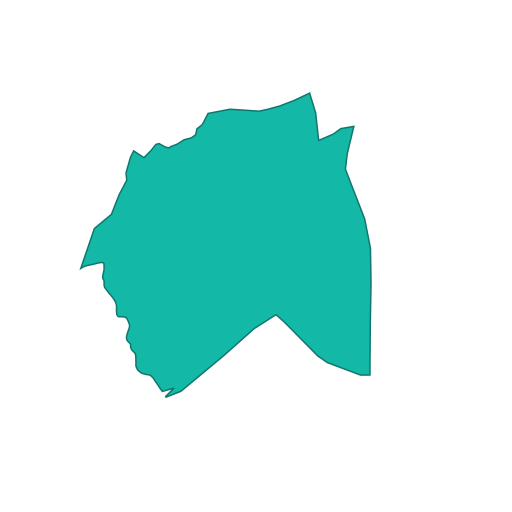 An Nabk, Rif Dimashq, Syria (Albers equal-area conic projection), rotated 301°
{"feature_id": "27442178B81131748986773", "entity_name": "An Nabk", "entity_type": "district", "adm_level": 2, "iso_a3": "SYR", "parent_name": "Syria", "parent_adm1": "Rif Dimashq", "projection": "albers", "projection_center": [36.664, 34.043], "detail": "fine", "context": "isolated", "style": "filled", "palette": "teal", "viewbox_px": 512, "rotation_deg": 301, "n_neighbors": 0, "source": "geoboundaries", "source_scale": "gbopen_adm2", "svg_char_len": 2961}
<svg xmlns="http://www.w3.org/2000/svg" viewBox="0 0 512 512"><g transform="rotate(301 256 256)"><path d="M417.5,273.1L408.9,263.1L400.2,259.4L396.3,256.6L387.3,250.2L409.4,233.4L415.3,226.9L420.3,221.3L421.3,220.2L422.7,218.6L423.0,218.4L423.3,218.1L423.0,217.9L422.9,217.9L420.6,216.3L419.3,215.5L417.6,214.3L412.9,211.2L408.3,208.1L404.5,205.1L400.7,202.1L396.8,199.1L392.1,194.6L387.4,190.1L384.6,187.1L381.8,184.1L379.3,179.3L368.4,158.1L353.5,141.5L342.4,142.2L340.5,142.1L340.2,142.0L334.6,139.9L328.8,141.8L327.2,141.1L324.1,139.8L321.4,137.2L318.7,134.6L314.8,132.6L310.9,130.6L306.6,127.1L303.7,125.5L302.7,121.9L302.4,114.9L300.0,112.7L299.9,112.7L292.4,111.7L284.3,109.7L282.6,109.3L283.1,97.0L281.8,97.1L275.8,97.6L260.3,101.8L254.3,106.2L238.2,107.1L217.3,110.6L196.3,103.3L155.1,112.2L155.3,112.3L157.1,113.3L158.6,114.2L160.1,115.4L163.3,118.8L165.0,120.6L165.9,121.6L168.0,123.6L169.2,124.9L170.2,126.1L170.7,126.7L170.7,126.8L171.1,127.5L171.5,128.3L171.4,128.6L171.4,129.3L170.8,129.7L170.3,130.2L169.7,130.7L169.4,130.8L169.0,131.0L166.0,132.8L164.0,133.5L161.4,134.4L158.9,135.4L158.4,135.9L157.9,136.3L157.4,137.1L157.1,137.8L156.6,138.3L156.0,138.9L155.9,138.9L155.6,139.1L154.8,139.6L153.2,140.5L152.4,141.2L151.8,141.7L151.1,142.5L150.8,143.2L150.0,145.3L148.3,149.4L148.0,150.3L147.9,151.1L147.0,153.2L146.9,153.7L146.7,154.1L146.7,154.3L146.2,155.4L146.0,155.8L145.9,155.9L145.8,156.1L145.3,157.3L144.4,158.8L143.1,160.6L142.6,161.1L142.3,161.4L141.5,162.0L140.6,162.6L139.7,163.3L139.4,163.4L139.0,163.5L137.2,164.6L136.0,165.4L135.2,166.0L134.7,166.4L134.4,166.6L134.2,166.8L133.9,167.2L133.7,167.6L133.3,168.4L133.3,168.6L133.2,169.2L133.5,170.0L133.8,170.5L134.5,171.9L134.9,172.5L135.8,174.2L135.9,174.5L136.0,174.7L136.0,174.8L136.3,175.6L136.2,176.3L136.0,177.0L135.7,177.8L135.2,178.6L134.5,179.8L134.0,180.4L133.8,180.6L133.7,180.8L132.9,181.8L132.5,182.3L132.0,182.8L131.3,183.4L131.1,183.5L130.6,183.9L129.5,184.2L129.2,184.3L128.2,184.6L127.8,184.7L127.4,184.8L125.4,185.1L124.4,185.4L123.3,185.6L121.0,186.2L119.9,186.7L119.0,187.2L117.8,188.3L117.5,189.0L117.1,189.4L116.8,190.4L116.6,191.1L116.2,192.7L116.0,193.5L115.5,194.1L114.3,194.8L113.5,195.3L112.8,196.1L112.2,196.7L111.5,197.9L111.2,198.9L110.8,200.5L110.7,201.5L110.3,202.2L109.9,202.9L109.6,203.4L107.4,205.1L103.7,207.4L102.7,208.1L100.5,209.3L99.6,210.1L99.2,210.5L98.2,211.9L97.4,213.5L97.0,214.4L97.0,215.1L96.7,217.3L96.7,218.4L96.8,219.0L97.1,220.3L97.5,221.5L98.0,223.2L99.0,225.4L99.1,226.3L99.2,227.1L99.2,227.3L99.0,228.5L98.6,230.3L97.8,232.2L96.9,233.9L95.5,237.0L95.1,238.0L93.3,241.7L92.4,243.6L91.7,245.5L100.6,253.8L89.2,250.9L88.7,251.6L101.3,261.3L154.4,279.8L192.8,291.8L196.4,293.6L211.3,301.0L216.0,303.4L214.0,314.2L202.1,360.6L201.4,372.2L207.8,407.0L212.7,415.0L224.7,407.8L255.9,389.4L291.4,368.9L321.6,350.1L343.8,330.0L363.0,305.2L376.5,287.9L390.8,281.5L417.5,273.1Z" fill="#14b8a6" stroke="#0f766e" stroke-width="1.5"/></g></svg>